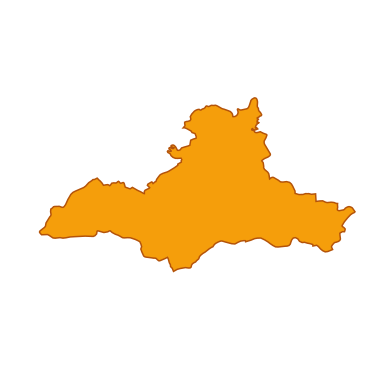 Lang Son, Lạng Sơn, Vietnam (Equal Earth projection), rotated 260°
{"feature_id": "81297802B21506651579478", "entity_name": "Lang Son", "entity_type": "district", "adm_level": 2, "iso_a3": "VNM", "parent_name": "Vietnam", "parent_adm1": "Lạng Sơn", "projection": "equal_earth", "projection_center": [106.757, 21.855], "detail": "fine", "context": "isolated", "style": "filled", "palette": "amber", "viewbox_px": 384, "rotation_deg": 260, "n_neighbors": 0, "source": "geoboundaries", "source_scale": "gbopen_adm2", "svg_char_len": 6109}
<svg xmlns="http://www.w3.org/2000/svg" viewBox="0 0 384 384"><g transform="rotate(260 192 192)"><path d="M144.2,349.1L148.4,347.2L149.2,346.4L150.2,344.7L150.4,343.3L150.0,341.6L149.4,340.1L148.6,339.3L148.1,338.3L148.0,333.7L148.4,332.8L149.1,332.1L149.8,332.1L151.6,332.8L154.5,333.1L155.4,333.4L155.8,331.9L157.0,330.0L157.8,327.3L158.1,323.2L158.8,321.7L160.6,319.2L161.0,316.3L161.2,312.5L168.7,313.4L169.0,309.2L170.1,306.8L170.4,304.8L170.7,303.6L170.3,300.9L170.9,296.9L172.7,293.3L175.1,293.6L180.2,292.2L182.6,291.3L184.5,289.8L185.8,286.9L186.0,283.2L186.6,280.9L188.6,279.1L192.2,274.8L192.5,273.7L192.3,272.3L191.6,271.2L191.4,270.7L195.1,270.8L196.8,270.7L198.4,270.0L201.6,267.4L203.0,266.9L203.6,266.8L204.9,267.1L208.3,267.2L209.0,267.0L209.7,266.5L210.4,266.2L210.8,266.2L211.9,268.2L212.5,269.8L213.2,272.8L213.7,273.9L214.3,275.0L215.0,275.6L215.4,275.7L216.0,275.7L225.5,272.1L226.5,271.7L228.1,271.6L229.6,271.9L232.5,274.2L234.9,275.6L235.4,275.6L235.8,275.3L237.5,272.4L239.5,269.7L239.3,267.9L239.2,266.2L239.5,265.0L240.1,264.2L241.6,263.7L242.0,263.1L242.7,261.7L243.1,261.6L243.8,262.1L243.9,262.6L243.6,262.6L243.3,262.8L242.2,264.6L242.1,265.2L242.4,266.3L242.6,267.3L242.7,267.7L243.0,267.5L243.3,267.2L243.9,267.0L244.1,266.9L244.0,265.7L244.5,265.6L246.5,266.6L246.8,266.9L247.1,267.6L247.6,267.9L248.1,268.0L248.2,269.4L248.5,269.7L248.7,269.9L249.0,269.5L249.5,268.3L249.8,268.2L250.4,268.8L250.6,268.9L251.3,268.7L251.7,269.1L251.9,270.0L252.1,270.1L252.5,269.7L252.9,269.1L253.6,269.1L253.8,269.3L254.2,271.0L254.8,271.6L255.0,272.1L254.9,272.7L255.1,273.3L255.5,273.8L256.1,274.0L258.4,273.2L260.1,272.1L260.9,271.8L261.8,271.8L262.5,271.9L263.1,271.8L264.3,271.2L265.4,271.2L268.5,272.0L270.0,272.2L272.0,272.0L273.1,271.5L273.8,270.3L273.8,269.5L272.9,267.1L271.9,265.9L271.0,265.5L266.9,263.3L265.5,262.3L264.7,261.3L264.4,260.2L264.2,254.9L264.3,253.9L264.8,253.1L265.7,252.1L265.9,251.6L265.7,251.2L265.1,251.0L263.9,251.2L262.8,251.3L261.8,251.0L260.8,250.5L259.8,249.5L259.0,247.9L258.9,246.8L259.1,245.4L259.3,245.3L260.7,245.4L261.7,245.3L262.5,245.1L263.5,244.5L264.6,243.7L265.8,241.8L267.9,238.1L268.8,236.2L269.5,235.3L271.5,232.9L272.7,231.4L273.3,230.3L273.4,229.9L273.4,228.6L274.0,226.1L273.8,225.3L273.4,224.1L273.3,223.2L273.4,222.8L273.5,222.5L274.0,221.8L274.2,221.4L274.1,221.0L274.0,220.6L273.8,220.2L273.1,219.9L272.5,218.9L272.1,218.1L271.9,216.5L271.3,215.4L271.2,214.5L271.4,214.2L272.2,213.3L272.2,212.4L272.2,211.6L271.8,209.9L271.2,208.4L268.8,205.3L266.5,203.4L264.3,203.5L263.5,203.3L262.6,202.4L262.3,200.2L262.4,198.6L262.0,196.9L260.3,196.6L259.1,196.8L258.4,196.5L256.7,194.5L256.6,195.7L255.5,197.6L252.3,201.6L250.5,202.4L249.8,203.8L248.9,205.2L245.6,205.8L244.2,205.3L243.9,202.5L243.2,199.7L238.4,198.0L238.0,196.1L237.6,192.2L237.2,189.4L235.6,187.7L235.3,186.4L235.4,185.5L235.6,184.9L239.0,183.8L240.8,182.7L241.6,181.5L241.6,180.7L241.4,179.6L240.8,179.2L240.2,179.6L238.6,182.0L238.1,181.4L238.0,180.8L239.4,178.3L239.6,177.5L239.1,176.9L238.4,176.8L237.5,177.7L236.2,178.6L235.9,178.6L235.8,177.9L236.1,176.8L236.7,175.8L236.7,175.2L236.1,174.8L235.1,175.1L233.6,177.0L231.4,177.7L229.4,179.3L228.1,181.4L227.6,183.7L227.2,187.1L225.6,187.6L224.7,186.8L223.3,186.7L221.9,182.8L220.8,182.7L219.0,179.0L216.7,173.2L216.1,171.3L215.4,166.5L214.6,163.8L213.2,162.1L210.6,159.4L208.6,158.3L208.5,157.5L207.1,155.1L208.2,154.6L208.9,154.2L208.7,153.3L207.4,149.9L206.3,149.2L203.6,151.1L203.2,150.7L201.9,146.2L200.9,145.2L198.7,144.8L198.9,144.2L201.2,141.4L202.9,138.9L206.9,134.1L205.9,131.7L206.1,131.1L208.4,127.1L212.2,126.7L213.1,126.3L213.3,125.7L212.9,123.3L213.5,122.7L214.7,122.0L215.3,121.4L215.0,120.6L214.2,119.3L214.1,118.5L214.6,116.4L214.6,114.5L213.0,112.9L212.5,112.1L213.2,111.4L213.9,110.3L214.0,108.7L214.0,107.3L214.0,106.0L216.5,104.9L218.9,103.4L220.2,102.3L222.1,101.1L222.0,100.4L221.6,99.4L221.3,98.2L221.4,96.5L220.7,95.5L219.1,91.9L216.3,88.3L215.2,86.1L213.1,77.3L212.3,74.7L210.7,72.3L206.2,68.5L201.5,65.3L199.8,63.5L199.3,62.5L199.5,61.3L200.9,58.9L201.6,54.2L201.5,53.1L200.2,51.2L199.7,50.0L197.2,49.3L194.4,49.3L193.2,48.8L192.1,47.5L186.9,42.9L183.7,41.7L182.7,40.5L181.5,38.2L180.1,35.6L179.4,35.0L178.6,34.9L177.1,35.7L176.0,36.5L175.2,42.3L174.2,43.7L170.9,47.1L170.3,49.2L170.0,54.1L169.0,56.9L168.8,59.9L168.9,64.2L168.4,68.6L167.1,79.1L165.4,87.0L165.8,88.8L167.3,90.8L169.4,91.5L170.1,92.0L170.0,92.8L167.4,98.2L167.4,102.1L168.1,104.1L167.9,104.8L166.0,106.3L163.7,109.2L162.3,111.7L161.0,113.4L159.1,115.6L158.6,117.2L158.2,120.8L157.6,123.4L155.1,128.0L153.4,130.4L152.1,132.0L149.3,132.7L146.9,132.9L144.7,131.7L141.7,132.2L137.4,133.3L136.5,134.1L135.9,135.3L134.1,141.1L133.6,142.5L133.3,144.0L132.9,145.0L130.2,147.1L129.9,147.8L129.9,148.6L131.1,153.8L131.9,156.5L130.3,157.0L126.2,157.4L124.1,158.1L122.5,157.9L122.0,158.1L120.9,158.9L120.2,159.3L117.0,160.0L118.4,164.0L118.7,167.1L118.7,172.4L117.8,175.2L117.6,176.3L117.6,177.1L118.0,177.9L118.7,178.3L120.1,178.9L121.1,179.8L121.9,181.3L122.5,183.4L123.5,184.5L125.0,187.0L127.1,188.2L128.3,189.7L129.6,192.0L130.6,194.6L132.9,198.8L133.7,200.6L134.2,201.9L134.4,203.0L136.4,204.9L137.3,206.4L138.2,209.1L138.6,211.0L138.7,212.2L138.4,213.3L136.8,216.5L134.2,222.1L133.4,225.2L133.6,226.0L134.5,228.6L135.2,231.5L135.1,234.6L134.8,236.1L134.4,236.3L133.7,236.2L134.3,241.5L135.2,245.6L135.2,248.5L134.7,251.8L132.2,255.3L129.6,258.2L127.6,260.0L125.2,262.5L123.5,264.7L122.9,267.2L122.4,274.5L122.2,276.3L122.5,278.3L123.6,279.7L125.7,280.8L127.7,282.0L129.1,283.8L129.1,285.9L127.6,288.0L124.8,289.3L123.1,291.7L122.9,294.2L121.7,296.5L120.5,299.6L119.3,301.8L117.8,301.7L117.9,305.5L116.4,307.0L113.6,308.7L111.5,310.5L109.9,312.8L109.8,315.4L110.9,320.5L113.7,319.8L114.8,320.4L115.8,321.4L117.2,323.2L117.5,323.9L117.5,325.1L117.9,327.6L118.6,329.1L119.9,330.0L123.8,330.2L125.7,330.4L126.1,331.2L126.8,333.3L126.4,335.3L128.2,336.2L129.0,336.4L130.2,335.7L132.1,334.0L132.9,334.0L136.1,336.8L139.5,340.7L142.1,344.2L143.1,346.4L143.5,348.1L144.2,349.1Z" fill="#f59e0b" stroke="#b45309" stroke-width="1.5"/></g></svg>